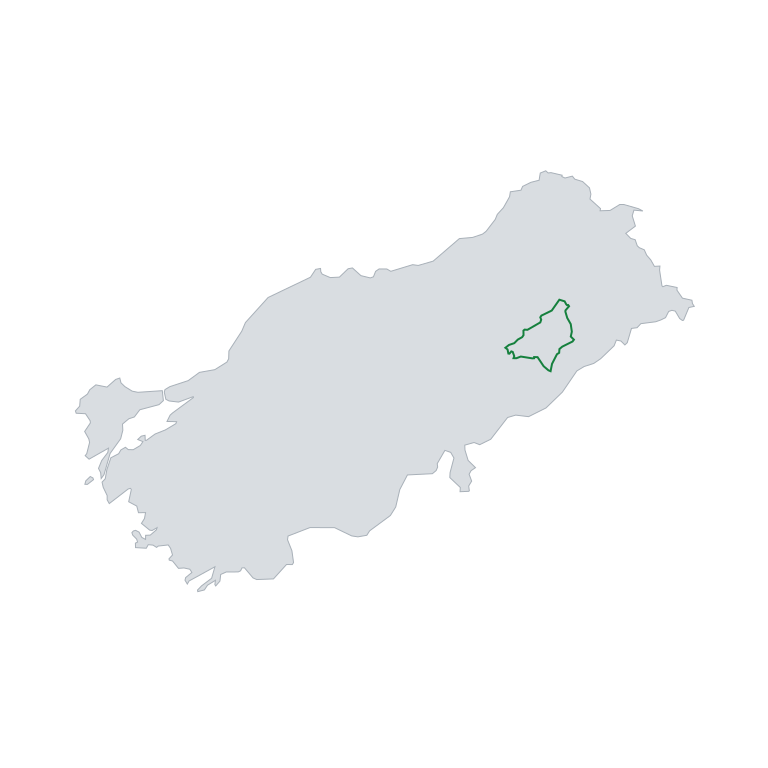 where Diyarbakir sits in Turkey, rotated 332°
{"feature_id": "TUR-2309", "entity_name": "Diyarbakir", "entity_type": "Province", "adm_level": 1, "iso_a3": "TUR", "parent_name": "Turkey", "parent_adm1": "", "projection": "equal_earth", "projection_center": [40.236, 38.057], "detail": "coarse", "context": "in_parent", "style": "outline", "palette": "green", "viewbox_px": 768, "rotation_deg": 332, "n_neighbors": 0, "source": "natural_earth", "source_scale": "10m", "svg_char_len": 4392}
<svg xmlns="http://www.w3.org/2000/svg" viewBox="0 0 768 768"><g transform="rotate(332 384 384)"><path d="M585.8,273.6L595.9,277.2L599.2,274.6L608.4,274.9L616.6,276.9L621.0,271.1L626.9,271.7L628.0,274.7L630.7,275.8L639.3,283.3L638.4,284.3L640.5,287.1L647.9,288.9L648.6,292.7L654.4,298.5L657.5,307.3L655.8,313.5L652.7,317.4L657.5,330.8L656.1,332.5L665.1,336.9L676.4,336.2L680.0,338.1L691.0,348.7L693.8,352.8L686.3,347.8L682.1,352.1L680.1,362.6L668.2,364.5L670.2,371.3L673.5,374.5L672.5,380.9L673.4,383.5L676.8,387.7L676.4,393.6L677.8,399.7L678.0,407.1L683.0,409.4L680.8,412.8L675.5,427.8L675.9,429.0L679.6,429.4L688.1,436.4L686.7,438.7L687.8,448.3L695.2,454.6L694.1,457.8L694.4,461.1L689.1,459.6L678.5,468.3L677.3,468.0L675.8,465.0L675.4,456.4L672.8,454.1L669.4,453.6L663.7,457.6L658.4,457.4L653.1,456.6L639.1,451.3L633.9,453.1L628.6,451.1L618.2,461.7L615.0,462.6L613.4,457.3L609.8,454.3L605.1,458.3L587.1,463.4L578.9,464.3L568.8,462.5L560.4,463.0L537.7,474.9L515.8,481.2L496.3,480.7L485.7,473.3L477.4,471.6L452.3,482.9L440.0,482.5L436.0,477.9L426.6,475.9L424.5,480.3L422.4,491.0L425.5,500.8L420.2,501.4L416.8,503.6L415.8,510.9L410.9,513.8L409.2,518.4L408.3,518.5L400.6,514.8L402.8,511.2L398.2,497.5L400.7,493.3L411.0,482.2L410.8,475.7L406.6,471.2L393.6,479.3L392.4,482.5L389.4,484.9L384.6,485.9L362.0,475.3L348.4,484.6L336.6,498.1L327.9,503.1L302.4,506.9L297.8,509.5L289.2,506.7L284.2,503.0L272.9,487.6L251.2,476.0L227.9,473.2L225.7,476.2L224.4,488.0L220.3,499.2L218.3,500.4L213.2,497.6L194.9,504.2L179.8,496.9L177.3,493.7L174.5,480.7L172.2,479.7L169.7,481.6L167.1,481.5L156.4,475.9L150.4,475.5L146.6,481.0L140.6,483.3L140.5,481.7L143.0,478.2L133.7,478.8L128.7,481.5L122.1,479.9L122.6,478.4L128.1,476.6L140.6,474.6L148.9,466.0L119.4,466.4L116.4,468.3L116.2,463.8L118.0,461.8L125.9,460.2L125.6,456.4L121.0,452.5L116.0,450.3L114.2,441.0L111.7,438.7L112.1,437.4L117.0,435.7L118.4,428.9L117.9,424.8L108.6,421.1L106.5,421.5L104.4,417.8L100.4,415.2L97.0,417.4L87.8,411.8L89.8,407.8L92.2,407.9L92.8,404.8L91.2,399.5L91.6,396.9L93.7,396.1L96.0,396.6L98.2,399.8L98.1,405.7L100.5,409.3L102.5,405.7L106.7,407.7L114.6,405.9L116.2,404.3L110.5,404.5L108.5,403.0L104.4,393.2L109.4,390.3L113.1,385.6L106.8,382.4L108.4,375.7L103.3,368.1L111.4,358.5L111.1,357.1L108.8,356.6L85.3,360.6L85.2,356.3L87.2,352.5L87.6,343.3L89.0,338.3L93.4,336.8L99.1,329.5L108.2,320.9L117.0,321.0L120.7,318.7L126.0,318.5L127.4,321.9L131.8,324.3L140.0,323.9L144.1,321.7L140.5,317.4L145.2,316.1L148.9,317.1L146.7,321.7L147.7,322.2L158.4,320.7L169.3,321.9L181.6,321.3L183.2,319.9L174.8,315.2L180.5,311.1L183.7,310.3L209.4,306.5L209.6,305.6L194.1,303.5L186.3,298.1L184.2,295.1L186.2,288.0L188.0,286.1L193.7,285.8L212.7,289.1L226.5,287.1L241.3,291.9L255.6,290.9L258.7,288.8L262.6,282.0L283.2,270.6L290.5,264.7L322.3,253.2L369.2,255.2L377.5,250.7L382.2,252.2L380.9,255.2L381.0,258.0L386.5,264.8L394.8,268.7L406.4,265.4L410.6,266.7L414.5,277.5L421.7,283.9L425.0,284.4L429.5,280.6L433.7,280.1L440.5,283.8L442.9,287.7L465.3,292.1L469.9,295.4L485.1,298.6L518.8,291.0L531.1,296.2L541.4,297.9L545.9,297.1L559.5,290.9L563.7,287.4L572.2,284.4L582.8,277.6L585.8,273.6ZM153.5,254.7L152.3,259.5L154.0,264.7L158.3,272.1L162.8,275.8L185.1,285.8L181.4,295.1L175.6,296.6L156.3,292.1L148.1,295.9L142.4,294.9L134.3,296.6L131.7,302.2L125.8,308.7L109.6,316.7L94.2,332.6L89.9,334.7L92.2,329.3L92.3,324.5L98.9,319.0L108.0,314.8L110.6,311.3L88.3,311.9L86.5,307.0L88.8,306.0L96.6,297.4L97.6,293.9L97.4,285.4L106.5,280.5L107.3,278.5L106.5,270.1L98.5,265.3L98.9,262.9L104.9,260.7L108.6,254.9L117.4,253.7L121.6,250.9L129.2,249.5L138.0,256.7L149.2,254.0L153.5,254.7ZM82.6,332.1L75.0,333.4L72.8,332.1L75.3,329.5L81.2,327.8L82.9,330.3L82.6,332.1Z" fill="#d9dde1" stroke="#a8b0b8" stroke-width="1"/><path d="M578.4,391.9L582.3,395.8L582.3,399.2L582.7,400.4L583.7,400.7L583.9,402.2L578.8,404.2L578.1,405.3L576.8,411.7L577.0,418.8L574.4,426.0L571.2,429.8L572.5,434.0L570.4,435.0L558.9,434.7L555.3,435.5L553.3,438.7L550.7,438.9L541.8,445.1L537.1,450.9L535.6,449.1L533.3,443.3L532.2,432.4L529.2,430.7L528.6,431.7L527.0,431.0L517.7,424.0L513.1,423.4L510.5,422.0L512.1,420.5L512.7,416.1L511.7,415.0L509.0,416.1L508.1,415.5L509.3,411.5L508.2,409.0L512.7,408.2L518.2,409.1L523.0,407.6L528.0,407.5L530.1,406.4L532.2,402.3L533.7,402.0L536.1,403.5L550.9,403.0L553.0,401.0L553.3,398.5L555.1,397.5L566.6,397.9L578.4,391.9Z" fill="none" stroke="#15803d" stroke-width="2"/></g></svg>